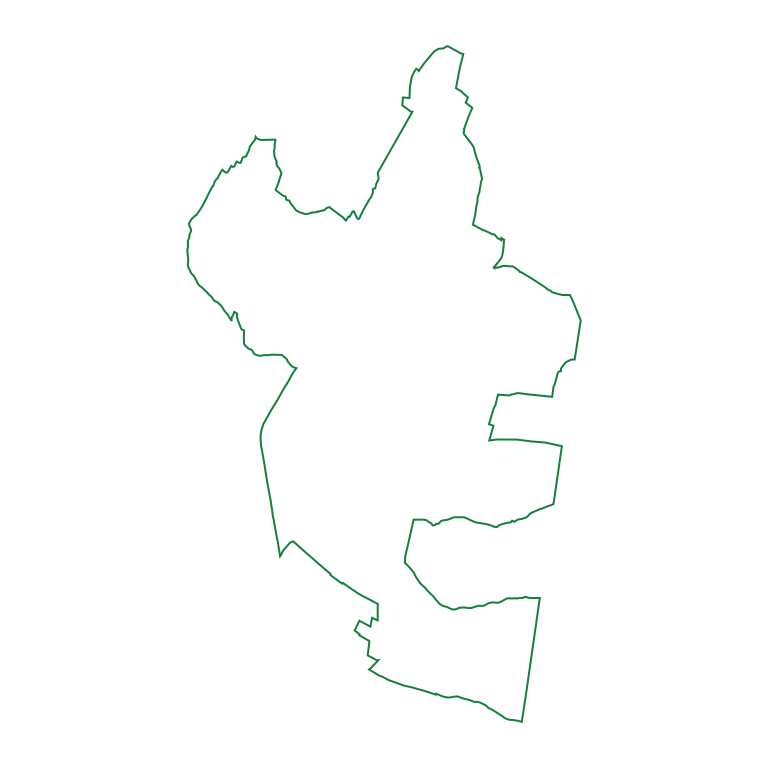 outline of Tepeyanco, Tlaxcala, Mexico
{"feature_id": "50627088B29939751785966", "entity_name": "Tepeyanco", "entity_type": "district", "adm_level": 2, "iso_a3": "MEX", "parent_name": "Mexico", "parent_adm1": "Tlaxcala", "projection": "equal_earth", "projection_center": [-98.229, 19.247], "detail": "fine", "context": "isolated", "style": "outline", "palette": "green", "viewbox_px": 768, "rotation_deg": 0, "n_neighbors": 0, "source": "geoboundaries", "source_scale": "gbopen_adm2", "svg_char_len": 6105}
<svg xmlns="http://www.w3.org/2000/svg" viewBox="0 0 768 768"><path d="M526.1,693.5L539.8,598.0L537.8,597.9L532.7,598.1L529.9,598.0L527.4,597.5L526.3,596.9L525.4,596.9L522.3,597.9L517.4,598.2L516.4,598.6L515.5,598.2L511.1,598.5L509.0,598.2L506.6,598.6L499.8,602.3L497.3,602.8L492.9,602.4L490.9,602.6L488.4,603.3L484.2,605.6L482.4,605.9L478.5,605.8L476.4,606.3L472.4,607.7L470.7,608.0L468.7,608.1L464.8,607.5L461.4,607.5L458.8,608.0L456.0,609.2L454.0,609.5L452.9,609.5L451.7,609.1L448.5,607.8L447.3,607.0L444.6,606.4L441.3,605.2L439.1,603.4L433.1,596.2L429.4,592.6L426.0,589.0L425.3,588.0L420.2,583.3L416.1,577.3L414.1,573.1L410.9,569.0L407.9,565.7L404.9,562.9L405.3,556.2L410.7,532.8L413.6,519.7L422.6,519.6L425.9,520.0L426.7,520.4L427.9,521.4L430.8,523.0L431.7,523.9L432.2,524.8L432.6,525.2L433.3,525.5L434.7,525.1L436.3,523.8L437.4,523.9L438.3,523.8L439.8,522.5L440.7,521.3L441.5,520.7L447.0,519.8L449.4,519.2L452.7,517.7L454.8,517.2L464.4,517.3L473.2,521.4L475.8,522.4L486.4,524.1L492.9,526.0L494.1,526.9L497.2,527.0L498.7,525.5L501.8,524.2L504.8,523.4L511.4,522.1L511.5,521.4L512.0,520.7L513.9,521.4L514.3,521.8L517.7,519.6L522.3,518.8L526.0,517.5L527.4,516.6L529.2,514.5L530.7,513.3L532.6,512.3L540.5,508.9L542.3,508.6L543.7,507.8L546.0,507.1L548.7,505.8L550.3,505.5L553.5,504.0L561.9,446.2L545.0,442.5L530.9,441.4L517.2,439.6L496.6,439.5L489.3,440.5L493.4,425.7L489.0,424.2L493.6,408.6L495.3,405.5L498.0,394.7L509.5,395.4L511.6,394.4L514.1,394.1L516.8,393.2L519.7,393.2L526.6,394.2L552.2,396.8L553.5,386.8L554.8,384.2L557.7,373.2L558.1,372.4L559.6,371.2L560.8,371.3L561.1,369.9L561.0,368.5L565.4,362.7L567.4,361.4L571.6,359.5L574.7,359.5L580.7,320.6L580.5,319.9L573.0,301.4L570.0,295.0L562.5,295.0L558.0,294.0L552.0,292.2L550.6,290.6L548.9,290.2L543.5,286.2L532.0,278.7L521.9,272.6L520.6,272.0L519.9,272.0L518.9,270.7L516.3,268.7L513.2,266.6L512.2,266.3L510.4,266.4L504.7,265.8L502.1,266.2L497.4,267.8L496.3,267.4L495.7,267.4L495.2,267.7L494.7,268.3L494.3,268.2L493.7,267.6L499.5,260.6L501.1,258.3L502.1,256.2L503.2,250.3L504.1,239.7L501.4,238.1L501.3,240.3L499.2,238.8L497.8,238.4L497.3,237.7L494.7,234.8L493.8,234.1L492.3,234.4L490.9,233.5L484.4,230.4L483.5,230.4L473.0,224.7L473.8,220.6L475.0,216.0L476.0,209.2L476.3,206.5L477.4,201.6L477.6,197.5L478.1,195.8L479.4,192.3L479.6,190.7L479.6,190.0L481.3,181.1L482.1,179.0L480.0,169.1L479.1,167.7L479.9,166.8L476.2,156.7L473.9,148.2L473.2,146.5L471.7,144.1L464.4,134.5L463.8,133.6L463.6,132.9L464.1,130.8L464.1,129.8L463.9,129.1L464.4,128.4L465.9,123.7L469.3,114.7L472.3,107.9L465.7,102.6L468.0,97.5L460.8,91.0L456.0,88.3L458.5,74.8L459.8,68.2L463.3,54.0L460.8,53.4L449.3,47.0L447.1,46.1L443.5,48.3L438.2,48.9L434.0,51.6L424.2,63.2L418.7,71.1L417.7,69.6L416.2,68.8L414.2,71.9L411.9,76.5L410.6,83.0L409.9,87.6L409.5,98.0L402.9,97.5L402.3,105.3L410.7,111.5L412.4,111.8L378.9,170.7L378.3,171.4L377.7,173.0L378.5,177.2L378.4,179.6L376.4,183.5L375.2,188.4L373.9,188.6L372.8,189.2L372.9,192.7L371.2,196.9L369.1,199.8L366.9,204.0L365.3,206.2L364.7,207.8L363.1,210.4L361.8,213.5L360.8,214.6L360.3,216.5L359.0,218.8L358.4,219.0L357.7,218.9L357.2,218.2L353.9,211.4L352.5,212.4L352.3,212.0L349.7,216.8L348.5,216.5L345.9,220.6L343.1,217.5L340.5,215.5L329.2,207.1L325.9,208.4L325.2,209.5L324.5,210.1L318.7,211.4L318.3,211.9L317.4,211.6L316.0,212.3L312.1,212.4L310.2,213.2L306.4,214.1L304.8,214.1L302.2,213.0L300.0,212.4L297.2,211.0L296.2,210.3L294.9,208.9L292.6,205.6L291.1,204.0L290.2,202.7L289.6,201.2L289.2,200.6L286.2,199.7L286.0,198.9L286.1,197.8L285.3,196.3L283.9,196.1L281.2,194.4L275.6,190.0L279.0,181.4L279.5,179.2L281.2,174.3L281.4,173.3L281.0,172.0L279.2,168.5L277.2,166.1L276.3,163.1L276.8,161.9L274.8,157.4L274.3,155.1L274.1,151.2L274.7,146.8L274.6,144.6L275.5,139.9L275.1,139.6L261.1,140.0L257.1,138.7L256.6,138.3L255.7,136.8L254.8,140.0L252.8,142.5L249.8,146.7L249.1,149.8L247.6,153.2L247.0,153.8L246.4,156.2L242.8,157.5L242.2,158.7L241.8,160.0L240.5,163.0L239.3,162.9L236.7,161.5L234.3,166.5L232.7,166.9L231.3,165.9L230.5,167.1L228.1,171.6L227.0,172.6L226.0,172.6L224.2,171.5L222.5,169.8L221.4,170.9L218.7,175.8L217.7,178.2L216.3,179.3L214.8,181.5L213.3,185.7L211.9,187.2L210.5,190.2L208.9,193.1L206.4,198.4L202.0,206.8L196.6,214.8L194.6,216.1L191.2,219.6L188.9,223.6L189.3,225.4L190.9,229.2L191.1,230.7L189.3,235.4L189.4,236.8L187.9,241.6L188.0,246.8L187.3,250.3L188.2,259.4L188.2,261.8L187.8,264.2L188.2,267.0L191.2,273.2L194.3,276.5L195.5,279.0L196.5,280.5L197.4,283.0L199.3,285.5L201.4,287.0L206.9,292.3L209.1,294.7L211.5,296.8L213.1,299.2L214.6,301.0L217.7,302.3L221.7,306.4L224.8,311.4L227.2,313.8L231.7,321.1L231.5,318.3L232.1,316.8L233.5,314.3L234.2,312.0L235.0,312.3L237.0,313.6L237.3,314.0L236.8,316.1L237.7,319.8L241.0,328.3L241.7,329.5L243.9,330.3L244.1,330.9L243.8,338.2L244.1,343.8L245.1,345.5L248.9,348.9L250.8,349.4L251.6,350.0L252.2,350.5L253.7,353.3L255.2,354.5L258.9,355.7L260.1,355.8L264.0,355.2L268.8,355.1L271.1,354.7L281.5,354.9L282.3,355.4L286.3,358.7L287.0,359.6L287.4,360.8L288.5,362.5L291.5,366.0L293.1,367.1L296.4,368.2L294.1,371.2L292.2,374.2L290.8,376.6L288.9,380.4L286.2,384.9L284.9,386.7L283.5,389.1L278.1,398.9L271.1,410.3L263.4,424.0L261.6,429.6L260.6,435.0L260.6,439.9L261.0,445.0L263.8,460.7L267.0,480.8L270.5,499.9L272.3,511.5L272.8,516.2L273.7,519.8L276.8,537.3L277.5,540.3L280.1,556.2L281.3,554.4L282.5,551.7L284.3,549.2L289.7,543.0L291.2,541.9L293.4,541.5L306.5,553.2L324.4,568.8L330.4,573.8L330.4,575.1L342.1,583.7L342.8,582.9L351.0,588.7L359.8,594.5L377.8,603.9L377.7,606.8L377.7,620.4L372.1,617.8L370.4,626.6L359.4,620.8L354.6,630.5L359.6,634.3L359.3,635.3L369.3,641.0L369.4,641.3L367.7,655.4L377.1,660.4L378.3,660.2L370.9,668.0L369.1,669.5L377.9,674.8L380.5,676.2L381.3,676.2L388.6,680.1L404.0,685.6L411.3,687.2L425.5,691.2L435.8,694.6L436.1,693.7L441.8,696.1L445.5,697.2L449.4,697.6L452.9,696.8L457.4,696.4L463.3,698.5L469.8,700.1L474.2,701.9L477.1,701.8L479.0,702.2L480.6,702.8L485.7,705.3L488.6,708.1L491.3,709.3L494.2,710.9L499.4,714.4L502.5,716.2L504.2,717.6L505.6,718.5L507.4,719.2L509.7,719.8L514.1,720.1L517.9,720.8L521.8,721.9L526.1,693.5Z" fill="none" stroke="#15803d" stroke-width="2"/></svg>